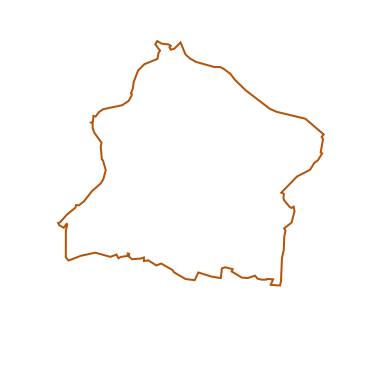 outline of Cork City North East Lea-6, Cork, Ireland, rotated 211°
{"feature_id": "5873133B11463526340126", "entity_name": "Cork City North East Lea-6", "entity_type": "district", "adm_level": 2, "iso_a3": "IRL", "parent_name": "Ireland", "parent_adm1": "Cork", "projection": "albers", "projection_center": [-8.424, 51.935], "detail": "fine", "context": "isolated", "style": "outline", "palette": "amber", "viewbox_px": 384, "rotation_deg": 211, "n_neighbors": 0, "source": "geoboundaries", "source_scale": "gbopen_adm2", "svg_char_len": 1669}
<svg xmlns="http://www.w3.org/2000/svg" viewBox="0 0 384 384"><g transform="rotate(211 192 192)"><path d="M278.8,314.3L281.0,305.6L283.6,303.0L285.9,304.5L285.5,306.4L288.2,306.4L294.1,303.6L299.6,303.4L299.5,299.7L292.2,296.7L292.3,294.0L290.2,288.3L298.7,276.9L300.8,268.5L298.6,256.0L296.0,250.4L295.1,245.1L293.9,244.9L293.4,242.8L293.2,237.5L296.6,230.4L310.8,217.2L312.9,212.6L313.5,207.0L315.6,206.4L313.3,201.5L314.2,199.6L312.7,199.9L309.7,195.2L306.3,192.5L295.0,187.7L293.5,183.7L286.0,173.5L284.5,173.2L277.2,166.3L274.6,157.3L274.6,152.6L278.2,141.2L279.8,128.2L282.2,122.2L284.7,121.0L283.9,118.5L287.6,108.2L289.5,98.0L290.8,96.5L288.7,95.2L283.5,95.3L283.1,100.1L282.3,100.1L280.2,93.9L266.5,71.0L262.5,69.7L254.4,80.1L243.6,90.2L228.5,94.4L224.5,99.5L220.9,97.3L219.5,99.8L214.4,103.9L215.4,106.2L214.0,106.6L212.8,104.2L208.8,103.5L201.6,108.6L199.5,111.1L197.6,108.1L194.3,110.9L184.7,110.7L181.6,114.8L168.6,115.1L165.9,113.9L152.7,114.1L144.3,117.8L145.1,126.3L131.8,129.5L123.0,133.0L127.0,141.9L124.8,144.6L117.4,146.8L117.1,144.3L105.2,144.3L99.8,147.0L94.9,152.7L91.0,151.5L86.8,152.9L83.0,155.3L83.0,156.1L77.5,158.9L76.7,153.0L70.0,156.3L68.4,157.2L69.8,161.4L80.9,181.8L83.5,189.6L89.9,201.2L92.0,207.1L94.3,208.3L90.9,217.1L94.2,228.3L97.3,231.8L98.5,229.6L100.4,229.4L108.4,232.2L110.4,233.7L112.4,237.8L115.1,237.5L110.0,259.3L102.2,272.0L102.2,279.6L100.4,284.3L100.3,292.1L102.1,292.2L106.9,304.8L109.2,306.0L108.7,309.1L132.5,313.2L160.7,304.3L168.2,303.4L198.4,306.8L213.4,310.4L220.0,313.1L229.2,313.9L232.2,313.6L237.0,310.7L255.4,305.6L262.6,305.4L268.5,306.6L278.8,314.3Z" fill="none" stroke="#b45309" stroke-width="2"/></g></svg>